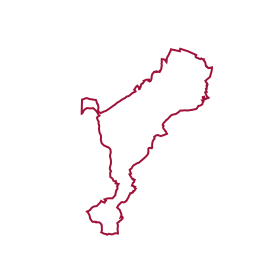 outline of Pauleni-Ciuc, Harghita, Romania, rotated 126°
{"feature_id": "2599482B85925505294604", "entity_name": "Pauleni-Ciuc", "entity_type": "district", "adm_level": 2, "iso_a3": "ROU", "parent_name": "Romania", "parent_adm1": "Harghita", "projection": "orthographic", "projection_center": [25.907, 46.396], "detail": "fine", "context": "isolated", "style": "outline", "palette": "rose", "viewbox_px": 256, "rotation_deg": 126, "n_neighbors": 0, "source": "geoboundaries", "source_scale": "gbopen_adm2", "svg_char_len": 5658}
<svg xmlns="http://www.w3.org/2000/svg" viewBox="0 0 256 256"><g transform="rotate(126 128 128)"><path d="M143.6,173.9L143.1,173.6L139.5,174.1L138.5,173.9L136.1,173.0L134.4,170.2L133.1,168.5L132.4,168.1L132.7,164.7L133.1,163.0L134.1,160.4L134.7,159.5L134.8,158.4L137.3,159.2L138.1,159.1L139.5,156.9L140.0,155.5L140.8,155.1L141.5,154.6L142.2,153.9L142.4,153.4L142.8,152.9L143.8,152.1L145.7,151.0L146.7,150.2L147.4,149.2L148.1,148.7L148.5,148.3L148.9,147.6L149.6,146.1L150.3,145.2L151.4,144.3L153.6,143.0L155.0,141.3L155.6,140.5L155.9,139.8L156.2,137.3L156.2,136.8L155.9,135.9L155.7,134.0L155.3,133.1L155.2,132.3L155.3,130.8L155.7,129.6L157.2,128.2L157.5,127.9L158.7,127.2L160.6,126.5L161.5,125.9L162.9,124.3L163.7,123.3L166.0,121.4L167.8,120.5L170.7,119.4L171.6,118.8L172.1,118.2L172.5,117.1L173.1,116.2L173.6,116.5L174.9,115.9L175.6,115.5L177.0,114.3L178.0,113.6L178.0,111.5L178.1,110.7L179.2,108.9L178.9,106.7L178.2,106.6L179.1,105.1L180.0,105.2L179.6,103.9L178.9,102.7L181.7,102.6L182.1,101.7L183.8,100.6L185.5,100.9L186.4,100.2L186.9,100.2L188.1,99.7L189.9,98.7L191.6,99.0L194.0,99.2L195.7,101.6L197.4,103.5L199.5,104.9L199.6,105.0L199.8,104.6L199.9,104.1L199.8,103.2L202.2,103.1L202.4,104.1L202.7,105.1L202.8,106.9L203.1,106.8L204.5,106.7L209.6,107.4L211.0,108.9L211.6,109.5L212.6,110.0L214.4,110.5L215.3,110.6L215.9,110.3L218.2,111.1L219.7,112.1L220.2,109.9L220.6,109.3L221.0,108.3L221.7,107.3L223.4,105.6L224.3,103.4L224.7,101.8L224.7,101.6L224.6,101.2L223.7,100.4L223.3,99.7L223.0,99.1L223.3,99.0L223.2,98.6L222.9,98.7L222.0,96.9L221.2,95.7L221.2,95.0L221.4,93.9L221.6,93.3L221.6,92.7L222.2,92.2L223.0,91.3L226.0,89.1L227.5,88.4L228.1,88.3L227.6,85.2L227.1,84.3L226.6,83.3L226.6,83.0L226.8,82.5L226.7,82.4L226.5,82.1L224.9,81.4L223.8,78.9L223.0,78.0L220.7,76.5L220.3,76.0L219.6,74.6L219.2,74.1L215.6,77.3L213.9,78.1L212.5,79.1L212.0,79.7L211.6,80.5L211.2,80.7L211.0,80.8L210.3,80.5L209.7,80.4L209.5,80.2L208.0,80.0L206.4,79.4L205.3,79.5L204.5,79.1L203.3,79.9L203.2,80.2L203.5,81.0L204.5,81.5L202.2,82.1L200.9,83.7L199.2,86.5L198.7,90.1L198.1,90.1L196.5,90.4L196.2,90.3L192.2,89.8L191.3,89.1L191.1,88.4L190.4,87.5L188.4,86.5L188.2,86.7L187.2,86.5L186.0,86.6L185.6,86.9L184.2,86.8L183.6,86.9L182.4,87.4L181.3,87.4L179.5,87.8L179.0,87.1L178.5,87.1L178.3,86.9L178.1,86.7L177.4,86.2L176.8,86.3L176.6,86.5L176.5,86.2L175.9,86.1L175.7,86.2L175.3,86.3L174.9,86.0L174.4,86.0L173.7,86.0L172.4,86.1L172.5,87.3L172.4,87.8L171.4,87.8L172.0,89.6L171.8,89.7L171.8,90.0L172.2,90.7L172.3,91.0L169.4,91.7L168.1,91.4L166.7,92.0L166.1,92.1L166.4,92.6L166.7,93.4L166.1,93.8L166.7,94.7L164.6,99.6L163.2,98.7L161.0,102.0L159.9,101.9L159.2,101.5L158.6,101.4L157.7,101.4L156.9,101.6L155.3,101.7L151.2,99.9L150.4,99.5L150.0,99.0L149.3,98.7L142.1,97.0L139.0,96.5L137.0,96.7L136.2,97.0L135.9,97.3L135.3,97.4L134.1,98.5L133.8,98.6L133.1,99.2L132.5,99.4L131.7,99.2L131.4,98.9L131.0,98.4L130.9,97.9L130.7,97.7L130.6,97.3L130.4,97.1L130.4,96.9L130.1,96.8L129.6,97.0L127.4,98.6L125.1,99.9L122.2,100.5L121.0,100.2L119.8,101.6L119.3,101.5L119.2,101.3L117.7,101.0L116.5,100.1L116.2,99.7L115.4,97.1L115.3,96.8L114.4,96.0L109.8,93.0L108.9,94.8L108.5,95.4L108.5,96.5L108.0,97.3L107.6,98.9L107.4,99.4L106.3,100.3L105.4,100.4L105.3,101.6L103.8,102.1L101.8,102.0L100.7,101.7L99.3,101.8L98.6,101.4L96.2,101.0L92.6,100.6L91.2,99.9L89.3,98.2L88.5,97.5L85.1,96.3L83.2,96.0L82.4,95.0L82.3,94.6L81.0,93.3L79.9,91.9L78.9,90.1L74.9,86.1L72.6,84.1L71.5,83.8L68.8,84.1L68.0,83.2L66.7,82.4L65.2,81.8L64.0,82.3L62.7,82.7L62.1,83.1L62.2,83.5L62.3,83.7L62.2,83.9L61.8,82.8L60.7,83.7L59.5,85.3L59.0,85.7L58.0,84.9L58.2,84.7L58.8,83.6L59.1,83.1L59.7,82.7L57.2,81.3L56.4,80.5L56.2,80.5L56.2,82.2L56.2,82.5L54.6,85.2L53.8,86.5L52.6,85.5L51.7,86.8L50.5,87.9L50.0,87.4L47.9,89.0L47.7,88.7L47.1,89.2L46.7,89.6L46.1,89.2L45.4,90.2L45.2,90.8L45.3,91.2L45.1,91.7L44.4,93.1L40.1,92.1L38.7,91.7L34.4,93.2L32.0,94.2L29.6,95.7L30.9,96.9L31.1,96.8L32.4,98.2L31.9,100.0L32.2,100.2L31.9,101.0L32.0,101.4L31.1,102.4L29.6,104.0L29.2,104.6L28.8,106.0L29.0,106.4L28.5,107.0L27.9,107.1L28.5,108.4L28.7,109.6L29.2,109.6L29.9,110.1L30.2,111.8L30.3,112.1L30.3,112.9L30.6,113.2L30.7,113.5L30.8,114.0L30.8,114.3L30.8,114.7L30.2,115.6L29.6,115.9L29.1,115.6L28.8,115.7L30.7,124.7L33.2,132.3L35.2,131.6L35.5,131.3L38.6,138.4L39.1,139.5L40.2,139.0L41.1,138.8L42.7,138.6L44.8,138.1L47.2,137.9L48.1,137.7L49.3,137.3L51.1,136.1L52.1,135.6L51.9,136.4L51.4,137.6L51.0,138.3L52.4,141.2L53.3,140.6L55.0,139.3L55.6,138.9L56.3,138.7L57.6,137.3L58.9,136.9L59.5,136.5L59.7,136.2L60.4,135.9L62.9,135.4L63.0,135.8L64.2,135.4L65.4,138.2L66.0,137.8L67.1,139.9L67.5,139.9L67.9,139.8L69.6,140.0L70.2,140.0L72.4,139.2L73.4,138.4L75.5,137.5L76.3,137.5L76.8,137.4L77.6,137.9L76.8,139.0L77.5,139.3L76.8,139.9L77.4,140.5L77.8,141.1L78.4,141.7L80.6,143.0L80.9,142.3L82.1,142.4L83.2,142.2L83.3,142.3L84.4,143.0L84.8,143.0L87.5,141.9L89.7,141.5L89.8,141.7L88.2,142.0L88.2,142.3L89.2,142.1L89.2,142.3L89.6,142.3L89.1,143.0L88.6,144.0L88.3,145.3L89.4,145.6L91.4,145.6L93.4,145.5L93.3,145.0L93.4,144.5L93.7,143.8L94.0,143.3L95.1,143.8L96.2,144.6L97.8,145.1L98.1,145.3L99.5,145.5L100.7,145.9L101.1,145.9L101.9,146.3L103.5,147.6L105.5,148.0L106.9,148.8L109.8,150.0L110.4,150.2L110.7,150.2L114.2,151.7L116.0,152.2L116.4,152.1L117.0,152.2L117.8,152.7L123.3,154.5L126.1,155.5L127.2,156.0L129.3,157.5L130.5,158.0L131.7,158.9L132.0,159.0L131.9,159.4L132.2,160.7L132.0,161.4L131.7,162.2L130.9,162.8L130.1,163.3L129.0,163.7L126.9,165.9L126.5,166.4L126.6,167.1L126.2,167.6L126.0,167.8L124.2,170.3L126.0,173.9L126.8,175.5L127.3,176.2L127.7,178.1L128.2,179.1L129.4,180.1L130.9,180.9L132.0,181.9L142.8,174.5L143.6,173.9Z" fill="none" stroke="#9f1239" stroke-width="2"/></g></svg>